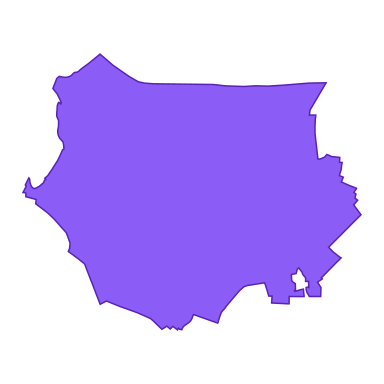 Bac Tu Liem, Ha Noi, Vietnam
{"feature_id": "81297802B3906213091507", "entity_name": "Bac Tu Liem", "entity_type": "district", "adm_level": 2, "iso_a3": "VNM", "parent_name": "Vietnam", "parent_adm1": "Ha Noi", "projection": "mercator", "projection_center": [105.766, 21.071], "detail": "fine", "context": "isolated", "style": "filled", "palette": "violet", "viewbox_px": 384, "rotation_deg": 0, "n_neighbors": 0, "source": "geoboundaries", "source_scale": "gbopen_adm2", "svg_char_len": 3531}
<svg xmlns="http://www.w3.org/2000/svg" viewBox="0 0 384 384"><path d="M326.1,82.8L325.8,82.8L309.0,83.1L299.0,83.9L282.8,85.2L268.3,86.1L267.1,86.1L255.8,85.8L243.8,86.5L235.5,86.2L225.8,85.9L213.3,84.5L154.6,83.8L153.9,83.8L144.4,83.1L138.5,81.8L135.0,79.9L129.4,76.7L112.9,65.2L100.0,54.1L88.7,63.4L81.3,68.8L78.6,71.3L77.0,72.2L74.7,72.4L73.6,73.1L71.4,75.4L70.3,76.2L67.1,77.2L64.7,77.3L62.1,77.0L59.2,76.4L56.8,78.4L52.9,88.5L54.2,90.2L57.1,93.8L61.0,101.7L61.1,103.6L60.9,104.0L60.6,104.0L60.4,103.7L59.5,102.5L58.6,102.4L58.2,103.1L57.7,104.3L57.3,105.6L57.1,108.7L56.8,112.8L56.7,114.9L56.8,116.3L57.3,117.6L58.6,120.5L58.5,125.5L58.3,127.4L57.7,130.5L57.8,133.1L58.4,135.5L59.6,138.1L61.9,140.8L62.9,141.8L63.0,142.1L63.4,143.6L63.8,146.6L63.9,149.1L62.6,149.8L59.6,156.5L57.7,160.4L52.0,169.4L49.5,173.0L47.8,175.6L44.8,178.2L45.7,179.4L44.5,180.2L43.5,182.7L39.2,186.4L35.0,188.5L33.5,188.3L32.2,187.4L30.9,185.3L29.9,182.1L29.7,179.6L29.5,178.7L28.8,177.9L25.3,185.0L26.2,186.2L24.2,190.2L23.0,192.5L25.7,192.9L26.0,194.1L25.8,196.7L36.2,199.5L35.7,203.8L46.0,211.6L47.5,212.8L53.9,218.8L58.5,224.0L66.4,232.9L70.1,243.2L69.9,245.0L69.6,248.4L68.3,251.5L70.9,253.4L77.2,258.0L84.5,263.8L84.8,264.4L87.8,272.3L90.1,278.2L90.9,280.3L92.2,283.4L94.1,288.5L95.1,291.1L96.1,293.8L100.2,304.3L106.4,301.0L111.8,303.2L116.3,305.0L121.8,307.2L122.0,307.2L132.3,310.9L137.8,312.9L150.4,318.5L152.6,320.3L161.9,329.3L166.9,326.2L170.2,329.0L172.9,326.4L177.5,329.9L178.4,328.2L179.6,329.2L181.8,329.7L182.0,329.0L182.5,328.0L183.3,326.7L184.6,325.5L187.5,323.5L189.4,322.1L190.9,320.5L192.1,318.2L193.4,314.5L217.7,323.1L217.9,322.7L218.1,322.1L218.9,319.3L220.0,315.9L221.0,313.2L221.6,312.1L222.8,310.6L224.7,308.5L225.6,307.3L225.9,306.8L226.2,306.3L237.4,293.1L239.3,290.9L243.4,287.2L243.5,287.1L244.2,286.6L247.5,285.5L264.6,282.8L265.7,285.8L268.8,296.1L269.4,296.1L269.9,296.1L272.1,296.1L272.0,297.5L271.6,303.0L285.3,303.7L286.9,303.8L289.1,303.8L289.1,302.9L289.1,301.9L289.1,300.9L289.1,299.9L289.2,296.5L302.7,296.6L302.9,296.6L303.9,296.5L304.1,296.5L304.1,295.8L303.8,293.4L303.7,292.2L303.6,291.2L303.6,290.7L303.5,290.3L303.5,289.9L303.5,289.7L303.4,289.1L302.3,289.3L300.2,289.8L299.8,289.9L297.3,290.7L295.7,291.1L294.9,291.4L294.5,290.5L295.5,289.8L295.3,283.6L293.0,282.1L291.7,280.5L291.4,274.4L296.1,273.6L297.2,269.4L298.7,267.9L301.9,272.0L302.8,274.5L305.0,277.1L305.5,277.7L305.5,277.9L305.6,278.9L305.6,281.4L308.5,281.4L308.8,287.5L308.1,287.2L307.0,287.1L306.1,287.6L306.2,289.6L307.0,292.5L308.1,294.3L309.3,296.5L309.5,296.5L313.3,296.5L315.6,296.5L317.9,296.5L320.7,296.5L320.7,295.7L320.8,293.0L320.8,292.4L320.8,291.9L320.9,291.3L320.9,291.0L320.9,290.2L320.9,289.4L320.9,288.9L320.9,288.7L320.9,287.3L320.4,286.6L319.7,285.6L319.5,285.2L318.3,283.3L317.6,282.1L318.8,281.3L322.3,278.9L321.3,277.9L336.8,262.1L341.1,257.9L339.1,256.7L335.1,253.4L333.8,252.5L328.6,247.3L332.3,243.5L341.8,234.0L353.8,221.9L361.0,214.8L354.0,205.3L353.6,204.7L353.9,204.5L355.0,203.5L356.1,202.1L356.8,201.2L357.7,200.2L354.9,198.0L356.0,194.1L353.9,192.4L356.4,188.7L356.5,188.3L355.8,188.0L350.2,185.8L347.8,184.8L341.3,182.0L343.3,177.2L339.4,175.6L341.2,169.4L341.7,164.6L342.2,162.5L339.5,162.2L339.8,157.4L331.3,156.5L329.3,155.4L326.8,154.5L324.5,157.2L320.1,159.0L317.9,159.0L317.1,151.8L315.9,141.6L315.0,133.2L315.0,126.6L315.3,119.0L315.6,117.3L315.8,115.1L310.2,115.1L309.4,115.1L309.4,114.5L309.5,114.1L309.9,111.1L310.0,110.1L326.1,82.8Z" fill="#8b5cf6" stroke="#5b21b6" stroke-width="1.5"/></svg>